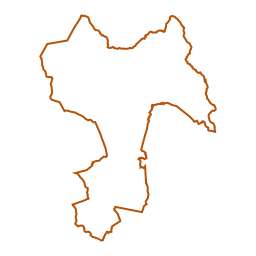 Atzacan, Veracruz, Mexico (Natural Earth projection)
{"feature_id": "50627088B93349532153304", "entity_name": "Atzacan", "entity_type": "district", "adm_level": 2, "iso_a3": "MEX", "parent_name": "Mexico", "parent_adm1": "Veracruz", "projection": "natural_earth1", "projection_center": [-97.077, 18.934], "detail": "fine", "context": "isolated", "style": "outline", "palette": "amber", "viewbox_px": 256, "rotation_deg": 0, "n_neighbors": 0, "source": "geoboundaries", "source_scale": "gbopen_adm2", "svg_char_len": 5742}
<svg xmlns="http://www.w3.org/2000/svg" viewBox="0 0 256 256"><path d="M196.0,70.2L194.4,69.4L192.6,68.1L192.6,67.1L192.0,66.3L191.3,66.3L190.4,65.4L190.4,64.5L189.6,64.0L188.2,63.8L187.5,63.3L187.3,62.5L187.5,62.0L186.9,61.7L185.5,59.5L186.9,57.5L186.6,57.0L188.1,55.1L188.5,54.1L190.0,53.4L189.7,51.4L190.3,49.9L190.8,49.1L191.5,47.2L190.5,45.4L189.7,43.7L188.7,42.9L187.5,42.3L186.6,41.2L185.5,39.1L184.1,37.0L183.6,35.9L184.4,32.6L183.8,31.7L183.5,30.0L183.9,28.9L184.1,27.7L183.5,27.0L183.0,27.0L182.2,25.5L181.4,24.9L180.3,22.3L178.7,20.7L177.9,19.8L178.0,19.6L176.9,18.5L176.1,18.2L174.9,16.8L174.1,16.4L172.9,16.3L172.0,15.9L171.0,16.4L169.8,17.5L170.1,18.8L170.0,19.3L167.3,23.1L166.4,23.5L166.1,25.1L166.1,26.3L165.3,29.2L164.1,30.9L164.6,31.3L164.0,31.9L163.4,31.2L162.8,31.3L162.8,31.1L160.5,30.7L160.5,30.4L159.0,30.6L157.3,31.2L156.7,31.9L156.7,32.4L152.4,32.6L151.8,32.0L151.1,31.7L150.4,31.8L149.6,32.2L148.8,33.0L147.9,34.5L146.4,34.9L145.6,35.2L145.3,35.8L145.8,36.7L145.5,36.7L144.1,38.3L144.3,38.6L142.7,38.6L141.4,39.2L140.8,40.1L138.6,42.0L137.7,43.2L136.2,44.2L135.5,45.9L133.6,46.7L132.9,47.8L131.7,48.2L130.8,48.3L129.8,47.8L128.6,48.6L125.0,48.9L123.4,48.5L122.8,48.7L120.3,48.4L119.4,47.9L118.9,48.1L118.0,48.8L116.7,48.5L115.4,48.5L114.7,48.0L114.2,48.1L113.9,47.3L112.8,46.9L111.5,47.7L109.1,48.0L107.6,47.0L107.9,45.7L108.2,45.3L108.1,44.8L107.6,43.7L107.8,42.4L107.8,40.1L107.3,38.5L106.1,36.9L104.7,36.6L103.0,35.3L101.8,35.4L101.0,34.0L99.8,33.1L99.7,32.0L98.4,30.5L95.9,30.1L95.0,29.6L93.7,27.7L93.6,27.2L91.9,24.9L90.2,22.9L89.5,21.4L89.2,20.0L88.7,18.4L87.9,17.1L84.3,15.7L83.1,16.1L82.4,15.6L81.6,15.4L80.9,16.1L80.4,17.9L79.5,19.5L74.2,27.7L67.3,40.5L47.3,44.0L40.3,56.4L41.2,58.4L41.6,58.5L41.6,59.8L42.2,63.2L42.1,65.2L43.0,66.7L43.2,68.4L43.6,69.6L45.2,71.1L46.1,74.4L46.2,75.6L46.6,76.6L47.3,76.9L49.8,77.1L50.9,77.1L51.4,77.0L51.6,77.8L52.4,78.4L51.2,82.7L50.6,84.2L51.5,86.8L52.1,91.4L51.8,94.1L50.4,96.3L50.3,97.0L50.5,98.2L50.9,98.9L51.7,99.7L54.2,100.6L59.5,102.1L64.5,111.1L66.1,110.5L68.2,110.8L71.6,111.9L75.5,112.6L77.2,113.8L79.3,114.6L82.8,116.4L83.6,117.0L85.1,118.5L87.8,120.1L88.8,120.2L89.8,119.8L90.8,119.8L93.2,122.2L95.3,122.2L100.3,133.8L101.9,138.5L103.5,142.6L105.5,148.2L106.6,153.1L106.9,156.1L106.0,157.0L103.9,156.5L100.8,158.9L99.3,160.7L96.3,161.0L92.6,162.2L93.0,163.5L91.8,164.3L92.3,165.6L86.7,170.1L75.5,173.0L76.8,173.4L78.1,174.2L79.3,175.7L80.4,177.6L81.0,177.9L82.3,179.3L84.3,182.2L85.0,185.7L85.7,187.2L87.8,188.2L87.7,190.3L87.0,192.5L87.2,193.2L87.7,194.1L87.8,194.9L87.6,195.1L87.5,196.2L88.1,197.7L88.6,198.5L88.2,198.9L87.3,198.9L85.2,200.1L81.8,201.4L76.9,203.0L75.5,203.7L72.6,204.5L72.8,205.3L74.4,206.7L74.7,207.5L75.5,208.4L75.9,209.5L75.9,211.3L76.5,213.5L76.2,215.4L75.8,216.3L75.7,217.6L76.5,220.6L75.9,222.5L75.4,223.0L75.4,223.9L75.6,224.2L78.2,226.4L78.7,225.9L79.1,225.7L80.0,225.8L81.0,225.5L82.3,225.6L82.3,225.8L83.1,226.1L83.9,227.1L84.1,228.7L84.4,228.7L84.4,230.7L84.6,231.2L85.7,232.0L86.3,232.0L86.4,231.8L88.1,231.7L89.7,232.2L90.7,233.5L90.6,235.3L91.0,235.3L91.4,235.8L92.7,237.1L94.8,237.4L96.5,238.2L97.6,238.4L101.5,240.6L103.0,240.0L103.0,239.3L103.7,237.7L104.1,237.6L104.1,236.7L105.4,234.1L105.9,233.4L106.7,232.6L106.7,232.0L107.2,231.8L107.6,232.3L108.3,232.7L108.3,232.1L111.4,231.8L111.4,228.6L112.0,228.1L111.9,226.6L112.9,225.8L120.3,221.1L119.9,219.6L119.5,219.1L119.5,218.7L118.0,214.7L118.1,214.3L115.5,211.3L115.3,210.8L114.4,210.0L114.2,209.3L114.4,209.3L115.3,206.9L141.9,212.1L142.3,211.3L142.6,210.1L142.9,209.8L143.3,208.7L143.6,206.7L144.7,205.4L146.4,204.3L146.2,204.2L145.7,202.1L146.1,200.6L147.2,199.4L147.2,199.1L148.0,197.6L148.0,196.8L148.2,196.5L148.1,196.0L148.5,194.6L148.5,194.0L147.9,192.6L147.5,190.8L147.7,190.3L147.7,187.2L146.7,183.8L146.1,183.6L145.1,166.2L143.6,168.0L142.9,167.7L142.0,166.9L141.0,166.9L140.5,167.4L140.1,164.1L140.2,163.2L140.6,162.4L140.5,161.1L139.9,160.1L138.5,159.2L138.7,158.6L139.0,158.2L139.6,158.0L140.0,158.2L141.2,158.2L141.5,157.6L142.9,158.1L142.9,158.3L144.5,159.1L145.1,158.7L146.3,158.4L146.0,157.7L146.3,157.3L146.3,157.0L145.9,156.0L146.3,155.3L145.7,154.5L145.1,154.2L145.6,152.8L143.5,151.3L142.2,151.0L141.2,149.6L145.1,135.0L147.0,129.0L147.8,123.5L149.1,121.0L148.7,120.4L148.0,119.9L148.5,118.0L148.9,118.3L149.4,117.2L149.6,116.1L149.8,116.2L150.4,114.9L151.0,114.2L149.4,112.5L151.9,109.6L151.6,109.2L152.8,106.9L151.8,106.6L151.9,105.3L152.6,104.9L155.1,105.0L155.4,104.7L156.3,104.6L157.1,104.6L157.5,104.1L160.3,104.0L160.5,103.5L161.4,104.0L161.7,103.3L162.4,103.0L162.7,103.0L162.8,103.2L163.0,102.9L163.1,103.0L163.4,103.2L163.2,103.6L163.5,103.8L163.8,103.6L163.9,103.8L164.1,103.4L164.4,103.5L166.0,102.9L167.5,102.8L170.3,104.0L171.6,104.8L176.5,106.1L189.5,116.4L192.6,119.5L194.4,121.8L197.0,120.7L197.4,121.4L197.7,122.3L198.6,124.0L201.5,122.8L201.3,122.4L201.5,122.2L202.3,121.6L202.4,121.3L203.2,121.3L203.3,122.0L204.5,122.1L205.2,124.8L205.9,126.2L206.9,127.1L207.8,127.3L208.4,127.9L208.4,128.3L208.1,129.1L208.3,130.3L208.6,130.6L212.3,131.0L214.1,131.7L215.1,131.8L214.6,128.9L214.6,128.0L214.8,127.4L214.7,126.5L213.7,124.0L213.0,123.2L211.3,122.5L210.3,121.7L209.5,120.3L209.3,119.7L209.3,119.0L208.6,116.7L208.7,115.7L208.7,114.9L209.7,113.4L210.9,112.4L211.2,111.5L212.4,110.6L214.1,110.9L214.8,110.4L215.6,109.5L215.7,108.5L214.4,105.5L214.0,105.0L212.7,104.9L210.6,103.2L209.2,101.3L208.8,100.2L207.1,98.4L207.1,97.5L206.8,96.0L206.0,94.5L205.9,92.8L205.9,92.1L206.5,91.7L206.6,91.4L206.5,89.2L207.4,88.2L207.7,86.8L206.3,83.3L205.7,80.6L204.8,81.3L204.4,79.6L205.0,79.2L204.4,78.2L203.7,76.2L203.3,75.6L201.7,74.6L200.2,72.4L199.0,73.0L197.5,72.4L196.0,71.0L196.0,70.2Z" fill="none" stroke="#b45309" stroke-width="2"/></svg>